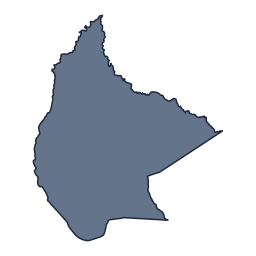 El Beni, Natural Earth projection
{"feature_id": "BOL-1293", "entity_name": "El Beni", "entity_type": "Department", "adm_level": 1, "iso_a3": "BOL", "parent_name": "Bolivia", "parent_adm1": "", "projection": "natural_earth1", "projection_center": [-65.092, -13.43], "detail": "fine", "context": "isolated", "style": "filled", "palette": "slate", "viewbox_px": 256, "rotation_deg": 0, "n_neighbors": 0, "source": "natural_earth", "source_scale": "10m", "svg_char_len": 5623}
<svg xmlns="http://www.w3.org/2000/svg" viewBox="0 0 256 256"><path d="M102.1,15.4L102.2,15.8L102.4,15.9L101.6,17.5L101.1,18.0L100.4,18.2L100.4,18.4L100.8,19.3L100.6,19.9L100.6,20.4L101.0,21.6L100.8,24.0L101.4,24.7L101.9,25.1L102.4,25.6L102.6,26.7L102.3,28.8L101.8,30.4L102.0,30.9L103.2,31.3L103.8,31.8L104.3,32.3L104.5,32.9L104.7,36.1L105.1,36.8L105.2,37.2L105.0,37.5L104.3,38.2L103.8,39.1L103.8,39.8L104.1,41.2L103.8,41.8L102.6,42.9L102.1,43.6L102.0,44.5L102.4,45.1L103.0,45.5L103.2,46.0L103.0,46.5L102.3,47.3L102.4,48.2L102.8,48.8L104.3,50.0L104.2,50.5L103.4,51.7L103.4,52.0L104.5,55.5L105.4,56.6L106.5,56.2L107.6,57.0L107.8,57.5L107.8,57.9L107.6,58.5L107.7,59.5L108.5,59.8L109.1,60.3L109.4,60.7L108.6,61.0L108.5,61.3L108.7,62.2L108.2,63.5L108.3,64.8L108.4,65.4L109.4,66.4L109.9,66.5L110.1,66.2L110.4,63.9L110.6,63.6L111.1,63.5L111.2,63.8L111.1,64.6L111.5,65.2L112.6,65.8L112.9,67.0L113.4,68.2L113.4,69.7L113.6,70.5L113.8,70.8L114.5,71.2L114.7,71.6L114.8,72.0L114.2,73.1L114.1,73.8L114.4,74.3L114.7,74.8L115.7,75.2L117.0,75.3L119.0,75.8L119.8,75.5L121.3,76.1L121.6,77.4L122.0,78.1L123.0,79.4L122.8,79.9L122.9,80.3L123.3,80.5L123.7,80.4L123.9,79.1L124.0,78.9L124.5,78.8L124.8,79.6L124.8,79.9L124.5,80.6L125.3,81.6L127.6,82.9L129.0,83.0L129.5,83.5L130.2,83.9L130.3,83.7L130.9,83.8L131.4,84.3L131.6,85.0L131.4,86.7L130.8,88.1L130.9,88.8L132.0,89.4L132.9,90.9L133.8,91.9L134.4,92.2L135.2,92.3L136.5,92.0L137.0,92.2L137.3,93.4L137.9,93.4L138.9,92.5L139.6,92.5L140.1,92.7L140.6,93.0L141.5,94.1L141.8,94.2L142.6,93.1L143.1,93.7L145.0,93.8L145.7,94.9L146.3,94.8L147.3,94.3L147.7,94.5L148.3,95.1L148.9,95.1L149.3,94.7L150.7,92.5L150.8,92.3L152.7,91.8L157.3,92.5L159.1,93.7L160.4,94.9L160.9,95.2L162.4,95.4L162.7,95.6L163.3,96.3L163.5,97.4L164.2,97.9L164.4,98.5L165.7,99.6L166.7,99.9L167.6,100.8L168.0,100.9L170.3,100.9L170.6,100.8L171.1,100.2L171.7,99.7L172.4,99.7L172.8,98.9L173.8,98.4L175.8,99.1L176.1,99.6L176.3,100.9L176.7,101.6L176.5,102.0L176.5,102.4L177.7,103.8L177.8,104.1L177.9,104.9L178.1,105.7L178.5,106.2L178.9,106.5L179.5,106.7L180.4,106.3L180.6,106.9L182.4,109.6L182.5,109.8L183.5,109.9L183.6,110.1L183.8,111.1L184.2,111.6L184.8,112.0L185.4,112.4L185.4,111.6L185.8,111.4L186.9,111.3L187.7,110.8L188.0,110.7L188.7,111.1L189.2,111.7L189.4,112.9L189.5,113.1L192.2,114.5L194.2,114.4L194.8,114.5L195.3,114.9L196.1,116.1L196.3,116.6L196.9,116.7L197.7,117.2L199.2,117.4L199.6,117.3L200.0,117.0L200.6,117.3L201.1,117.1L201.6,116.8L203.1,116.5L203.4,116.5L204.3,117.2L204.3,116.4L204.7,116.5L205.4,117.4L205.7,117.6L206.2,117.6L206.2,120.6L206.3,121.2L206.6,121.7L207.3,122.3L208.7,124.1L209.2,124.3L209.7,125.4L211.1,126.3L212.6,128.0L213.8,128.9L214.6,131.7L214.9,132.0L215.7,132.2L217.5,131.6L218.2,131.9L218.8,131.5L220.3,131.0L222.7,130.8L159.9,172.0L149.0,175.6L147.5,176.4L148.2,179.9L148.2,184.2L148.4,186.2L148.4,187.2L147.9,189.3L148.2,191.1L148.4,191.7L149.4,193.5L150.6,197.2L153.9,203.1L154.5,203.7L155.7,204.3L156.1,204.9L156.3,205.4L156.5,207.2L156.7,207.7L158.2,209.4L158.5,209.7L159.2,209.8L159.6,210.0L160.5,210.9L162.1,211.8L162.7,212.6L163.1,213.6L163.9,214.9L164.1,216.7L164.3,217.4L164.6,217.9L165.7,219.2L167.2,219.7L167.8,220.1L167.7,220.2L125.5,217.7L125.1,217.7L124.6,217.4L121.5,218.2L109.5,219.8L108.5,220.5L107.0,223.5L106.0,225.9L105.9,226.5L105.9,227.6L104.2,233.6L103.7,234.6L103.3,235.3L100.3,236.9L89.3,240.5L88.2,240.6L86.7,240.6L83.3,239.8L80.9,238.8L79.3,238.0L76.2,235.7L75.5,235.0L70.3,228.7L68.5,226.0L67.5,222.9L67.2,222.2L56.9,210.6L50.6,203.8L49.9,202.5L49.7,202.2L48.3,201.4L48.0,201.0L47.8,200.6L47.6,199.8L47.9,197.9L47.8,196.9L45.7,192.3L44.9,190.8L43.7,189.4L42.8,187.5L42.1,186.7L41.4,186.6L40.6,186.8L39.9,186.6L38.6,185.7L38.2,185.0L37.8,183.6L37.6,182.3L38.0,179.4L38.0,177.8L37.8,177.0L37.6,176.4L36.0,174.8L35.4,173.9L34.4,171.3L34.6,170.6L35.6,169.5L35.9,168.8L35.9,168.0L35.7,167.3L35.3,166.6L34.6,165.9L34.5,165.5L34.4,164.6L34.0,164.1L33.6,162.8L33.3,161.3L33.5,160.6L33.8,160.3L34.8,159.8L35.2,159.3L35.4,158.7L35.0,156.8L35.1,154.6L34.7,151.3L34.3,149.6L34.3,149.0L35.2,144.6L36.0,143.0L36.1,142.3L35.6,141.3L35.7,140.6L36.3,138.3L37.6,137.0L38.2,135.8L39.6,133.9L39.8,133.3L39.8,132.5L39.3,131.6L38.7,128.2L38.7,126.9L39.2,125.7L40.6,123.3L41.0,122.7L42.1,121.7L44.7,118.2L45.1,116.8L46.2,116.0L47.4,113.4L48.0,112.8L48.6,112.7L49.1,112.7L49.6,112.6L51.1,108.3L52.8,99.8L52.9,98.8L52.3,96.5L53.5,94.4L53.5,93.8L53.3,93.2L53.2,92.8L53.1,90.5L53.2,89.8L54.2,87.6L53.7,85.6L54.0,84.8L54.7,83.2L54.6,82.3L54.4,81.4L54.4,80.6L54.9,78.9L55.1,77.3L54.9,75.5L54.4,73.7L53.7,72.3L53.3,71.7L53.1,71.5L52.6,71.7L52.4,71.6L52.1,71.0L52.0,70.1L52.1,69.3L52.6,69.2L53.2,69.3L53.8,69.1L54.7,68.2L55.1,67.4L54.9,66.8L54.2,65.8L54.1,65.1L54.6,64.8L56.4,64.8L57.6,63.3L58.1,63.1L59.2,63.1L59.7,62.9L60.2,62.2L60.2,61.3L60.0,59.5L60.2,58.8L60.9,57.8L61.0,57.1L61.0,56.2L61.0,55.2L61.3,54.5L62.0,54.2L64.9,54.0L67.1,54.3L67.9,53.9L69.7,52.7L71.8,52.5L72.8,52.2L73.1,50.6L74.8,50.2L75.2,49.5L74.9,48.9L74.6,48.6L74.4,48.2L74.5,47.3L74.8,46.7L75.9,45.0L76.2,44.3L75.9,42.4L76.0,41.5L76.4,41.4L77.4,41.6L78.2,40.9L78.4,39.6L78.4,38.3L78.7,37.2L79.0,36.7L79.5,37.1L80.0,36.8L80.4,36.1L80.8,34.6L81.4,33.0L81.2,32.4L80.9,32.3L80.2,32.6L79.9,32.6L79.4,32.2L80.5,31.6L81.8,30.4L82.5,30.1L83.7,30.3L85.1,30.8L86.2,30.9L86.6,29.8L86.5,29.2L86.1,28.5L85.6,28.0L85.0,27.8L84.7,27.5L84.9,26.8L85.4,26.1L85.8,25.8L86.1,26.0L86.5,26.5L87.1,27.4L87.4,27.6L88.3,27.4L89.7,26.8L90.4,26.2L90.7,25.5L90.7,23.9L90.4,22.3L90.5,21.7L91.2,21.5L93.2,22.0L93.9,21.6L95.2,20.4L97.9,18.9L98.2,18.5L98.4,17.8L98.9,17.0L99.9,15.9L100.4,15.7L102.1,15.4Z" fill="#64748b" stroke="#1e293b" stroke-width="1.5"/></svg>